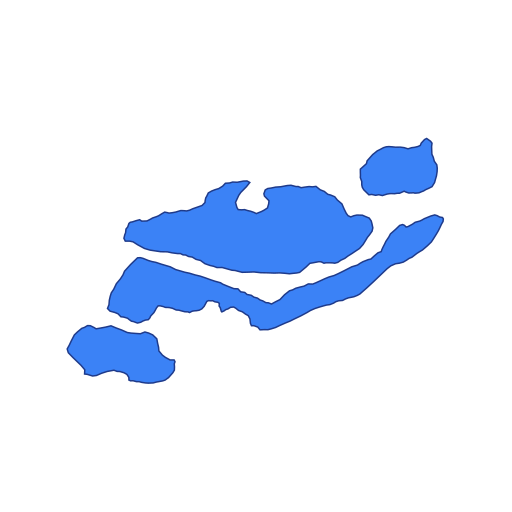 the district of Ekerö, Stockholm, Sweden, rotated 316°
{"feature_id": "70781695B4978180418475", "entity_name": "Ekerö", "entity_type": "district", "adm_level": 2, "iso_a3": "SWE", "parent_name": "Sweden", "parent_adm1": "Stockholm", "projection": "natural_earth1", "projection_center": [17.669, 59.36], "detail": "fine", "context": "isolated", "style": "filled", "palette": "blue", "viewbox_px": 512, "rotation_deg": 316, "n_neighbors": 0, "source": "geoboundaries", "source_scale": "gbopen_adm2", "svg_char_len": 6133}
<svg xmlns="http://www.w3.org/2000/svg" viewBox="0 0 512 512"><g transform="rotate(316 256 256)"><path d="M187.2,144.3L183.9,146.0L181.2,146.3L178.3,148.7L176.3,149.6L173.3,151.5L172.3,154.5L175.4,157.5L177.4,160.4L178.7,165.8L181.0,173.1L183.9,178.2L190.4,186.7L195.1,191.4L197.8,195.4L201.3,199.8L203.3,201.7L204.3,204.5L206.1,206.4L207.1,209.4L209.4,212.5L210.5,216.7L213.0,220.7L213.9,226.0L216.3,230.8L218.4,234.0L219.9,237.2L223.7,240.8L228.8,249.5L230.9,251.9L232.6,254.7L234.7,258.1L238.5,261.6L243.4,266.0L247.8,271.3L253.0,276.5L257.2,280.9L261.3,284.6L264.6,288.3L267.7,292.0L270.2,293.9L273.5,296.5L276.0,298.1L284.5,298.7L289.7,298.7L292.3,300.5L297.2,303.7L298.8,305.4L299.9,308.4L301.5,309.4L303.9,311.7L306.0,313.8L307.7,315.9L310.4,317.4L314.2,318.0L318.2,319.4L322.2,319.9L326.9,320.9L330.3,321.5L335.7,322.5L341.0,322.1L345.0,321.1L349.1,320.0L352.4,319.6L356.7,318.8L359.6,316.9L361.8,313.4L363.2,310.9L363.8,307.4L362.0,303.3L360.9,300.6L357.1,296.7L354.4,295.0L351.3,293.7L350.2,290.9L350.6,287.9L352.0,283.5L354.0,278.2L353.4,272.2L353.8,268.1L352.0,263.9L350.5,261.5L350.0,257.0L348.2,253.0L347.5,247.6L344.7,245.5L342.4,242.9L338.9,240.3L335.9,238.2L334.6,235.3L333.0,233.8L330.3,229.4L327.4,227.0L321.8,223.3L318.0,220.1L314.2,217.7L311.3,215.6L308.5,214.9L304.9,216.7L303.7,218.8L303.7,225.3L301.3,227.3L299.0,228.6L297.7,229.4L293.9,228.7L290.8,227.8L285.7,225.7L284.8,223.2L283.2,220.0L281.6,217.6L280.0,214.7L277.6,212.7L275.4,210.2L276.0,207.8L278.5,203.2L285.7,200.4L289.2,199.7L297.3,199.5L302.6,198.8L301.7,195.8L298.9,193.3L293.7,189.9L290.6,186.6L287.7,185.1L284.5,182.4L280.5,182.6L276.0,181.6L272.7,179.9L269.1,178.4L265.5,177.5L262.0,178.8L260.2,179.3L258.1,180.7L256.4,182.1L252.3,182.2L243.4,178.1L240.0,176.9L237.4,175.4L235.6,173.3L233.5,171.1L230.9,169.7L228.9,168.7L225.7,166.6L223.2,164.7L222.4,163.3L220.8,161.0L217.7,160.2L213.9,159.4L211.6,158.5L208.0,156.8L205.6,156.2L202.0,155.1L200.4,153.7L198.0,151.5L197.5,149.1L194.1,147.2L190.8,145.6L189.0,144.4L187.2,144.3ZM169.5,175.0L159.9,175.0L150.9,175.6L147.2,177.2L142.4,178.3L136.4,178.9L130.5,181.1L126.3,182.0L123.2,183.7L119.8,185.9L116.4,188.9L112.7,190.6L112.7,194.3L115.2,198.5L116.6,201.7L116.6,205.9L118.1,207.6L119.3,209.6L120.4,211.6L120.6,213.5L121.1,216.3L122.4,218.2L123.6,220.8L124.2,221.9L127.1,223.6L129.4,224.2L132.0,225.3L134.3,227.0L136.5,226.8L138.7,226.0L143.2,225.8L145.7,225.1L148.4,224.2L151.0,223.9L152.4,225.2L154.2,228.0L155.1,230.0L157.7,232.7L159.6,235.6L161.1,239.4L162.9,241.4L164.3,243.8L166.1,246.7L168.3,249.0L168.9,250.5L171.8,251.4L173.4,252.5L175.2,254.0L177.4,255.5L180.3,256.4L183.7,256.2L186.6,255.3L189.1,254.5L190.8,255.1L192.4,256.9L193.8,258.1L194.6,260.4L196.4,262.8L196.7,264.6L194.7,266.4L194.4,268.3L193.5,270.0L192.6,271.7L192.6,272.5L195.3,273.4L196.9,273.5L199.1,274.6L202.0,275.2L204.5,277.2L205.2,279.6L205.6,283.0L207.4,286.6L208.1,290.6L209.0,293.5L207.9,297.1L205.2,300.6L204.3,303.0L206.1,304.7L207.9,308.4L207.6,311.9L210.8,314.7L213.4,317.3L216.4,319.0L220.4,321.0L224.9,322.5L230.6,324.6L235.3,326.5L239.2,327.7L246.7,330.2L253.4,332.1L257.3,333.0L261.9,334.7L266.2,336.8L269.8,338.7L272.7,340.3L275.4,342.3L279.1,343.8L281.6,344.3L284.3,345.6L287.4,348.1L290.7,349.1L293.6,350.4L295.4,351.6L298.1,353.3L301.5,354.7L304.4,355.5L313.8,355.9L322.5,356.1L341.4,356.2L346.1,356.7L351.0,358.5L354.2,360.8L357.7,362.7L361.5,363.6L364.5,364.1L367.3,365.2L373.6,365.9L377.0,366.6L379.9,367.3L386.5,367.7L391.9,367.7L395.9,366.8L401.1,365.5L404.7,364.5L407.8,363.4L411.4,362.0L414.5,361.1L416.5,359.5L416.9,357.9L415.2,355.5L414.3,352.7L413.1,350.6L409.6,348.7L403.1,346.1L400.0,345.3L398.0,344.6L393.9,342.3L390.6,341.8L385.7,340.4L384.1,339.4L384.1,337.1L383.3,335.2L380.6,333.8L375.0,333.8L368.1,333.5L364.7,334.6L359.6,335.7L356.7,336.8L353.7,337.8L351.1,338.8L349.1,339.8L345.9,338.4L341.0,338.1L336.5,338.0L334.3,336.6L329.0,334.4L326.0,333.6L322.7,333.0L317.4,330.3L309.1,327.8L303.1,325.9L298.6,324.3L293.9,321.8L289.9,320.2L285.0,318.5L280.5,316.9L277.3,315.6L274.2,312.4L269.7,311.1L266.2,309.0L262.2,306.8L258.8,305.8L255.9,304.3L249.6,303.7L243.0,304.0L238.2,302.5L233.8,301.3L232.4,298.3L230.7,296.4L229.7,293.0L228.4,290.5L227.8,287.3L225.9,284.1L225.3,281.0L222.8,277.4L222.6,274.4L220.1,271.1L220.2,267.1L217.4,264.1L215.0,258.9L212.5,253.2L211.9,250.6L209.0,245.7L206.9,241.7L204.2,236.2L201.8,231.6L199.1,227.4L196.2,222.2L193.5,218.2L188.8,210.0L186.8,204.2L182.1,195.9L179.6,191.1L177.2,187.6L175.4,184.4L173.1,179.2L171.6,176.8L169.5,175.0ZM55.6,191.7L53.8,195.2L53.8,202.1L54.2,213.1L53.8,218.9L50.7,221.8L52.4,223.9L55.1,228.8L58.2,231.1L63.5,233.1L68.8,235.7L74.5,239.5L75.9,242.5L77.9,244.6L80.0,248.4L80.9,251.5L80.2,255.0L78.4,257.0L79.1,258.7L80.9,260.3L82.7,263.3L84.7,265.3L86.0,267.5L88.3,270.5L90.3,272.7L93.9,275.9L97.0,277.6L98.3,278.5L102.1,281.0L104.4,282.1L108.8,282.7L115.1,282.2L118.0,281.4L120.3,279.2L122.3,276.8L124.3,275.8L124.9,273.9L122.0,271.1L120.4,266.0L119.8,262.3L120.2,256.8L122.5,254.0L124.5,250.6L127.1,246.7L126.9,241.0L125.3,236.9L123.3,233.5L118.8,231.6L116.0,228.5L112.6,224.7L110.3,221.7L107.9,215.8L105.4,210.6L103.2,205.5L98.3,202.6L94.2,199.9L90.4,197.3L89.8,194.9L88.4,191.0L86.4,189.0L83.0,188.2L80.4,187.0L74.8,186.6L70.5,186.6L64.0,188.8L59.8,190.4L55.6,191.7ZM399.6,266.3L391.4,266.0L389.1,268.4L387.3,270.4L385.5,272.1L383.8,275.9L381.5,278.3L380.2,280.4L379.5,283.2L379.7,290.4L382.0,292.1L384.2,295.4L386.9,297.2L388.9,300.3L393.3,302.5L395.6,304.1L397.1,305.5L398.9,307.4L401.2,309.0L402.9,310.6L407.6,312.3L408.1,313.8L409.6,316.7L411.4,318.4L413.2,319.9L413.9,321.1L415.4,322.4L417.2,323.8L420.1,324.9L421.7,325.6L424.3,326.2L427.3,327.3L430.8,328.4L435.5,327.2L438.2,325.6L441.5,323.7L444.9,321.1L447.4,318.7L449.4,316.0L450.1,311.7L452.1,308.1L453.2,305.0L456.3,301.5L458.4,299.2L461.0,297.1L461.3,294.7L460.4,290.0L458.1,289.3L453.2,289.6L451.0,290.6L448.5,289.7L445.6,288.0L443.2,286.2L439.8,284.5L437.8,280.9L435.4,277.9L432.0,274.7L430.0,272.3L427.6,269.6L425.5,267.9L422.9,266.6L419.3,265.6L416.2,264.6L410.4,264.1L402.1,264.7L399.6,266.3Z" fill="#3b82f6" stroke="#1e3a8a" stroke-width="1.5"/></g></svg>